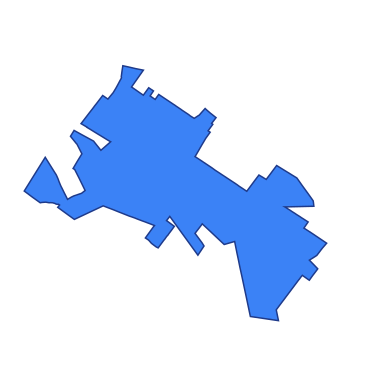 Telchac Pueblo, Yucatán, Mexico, rotated 119°
{"feature_id": "50627088B2648172559689", "entity_name": "Telchac Pueblo", "entity_type": "district", "adm_level": 2, "iso_a3": "MEX", "parent_name": "Mexico", "parent_adm1": "Yucatán", "projection": "natural_earth1", "projection_center": [-89.256, 21.219], "detail": "fine", "context": "isolated", "style": "filled", "palette": "blue", "viewbox_px": 384, "rotation_deg": 119, "n_neighbors": 0, "source": "geoboundaries", "source_scale": "gbopen_adm2", "svg_char_len": 3211}
<svg xmlns="http://www.w3.org/2000/svg" viewBox="0 0 384 384"><g transform="rotate(119 192 192)"><path d="M212.3,46.6L208.6,46.2L206.2,45.9L203.6,45.5L198.7,44.8L198.2,44.8L196.5,50.3L196.0,52.0L194.7,56.3L187.0,52.1L178.2,50.8L171.5,49.4L171.4,50.5L170.0,66.4L169.3,76.6L161.9,75.9L161.7,78.8L161.5,81.9L161.4,83.8L161.2,85.7L161.1,87.7L161.0,89.6L160.8,91.6L160.6,95.3L160.4,97.2L160.3,99.2L160.2,101.1L160.0,103.1L160.0,103.5L146.6,80.6L145.4,78.5L142.3,80.7L141.0,81.7L139.9,83.9L136.7,90.6L136.2,91.7L132.8,99.0L129.7,105.4L128.9,107.1L127.8,130.8L134.3,131.7L138.9,132.3L145.0,133.2L144.7,141.7L151.0,142.6L164.4,144.4L164.5,144.4L164.6,144.5L164.8,144.5L164.7,145.9L164.3,150.6L164.1,153.5L163.7,156.4L163.2,162.8L161.7,182.4L161.4,184.7L161.2,186.2L160.7,192.2L159.6,206.0L159.6,206.5L157.5,206.4L145.9,206.2L142.9,206.1L138.6,206.0L130.9,205.1L130.7,207.6L122.7,206.6L122.5,208.1L115.3,207.0L114.5,211.8L114.1,214.3L113.1,219.0L112.6,221.0L118.2,222.3L119.6,222.6L121.2,222.9L121.5,223.1L121.8,223.3L123.9,224.4L126.5,225.8L126.3,229.8L126.3,230.2L125.9,232.5L125.5,237.6L125.2,241.1L125.1,241.5L124.6,247.3L124.4,248.9L124.3,250.4L122.8,268.4L128.9,269.1L128.3,275.2L122.3,274.7L121.8,280.4L130.9,281.5L130.6,284.9L130.3,287.8L129.6,294.3L129.5,295.8L109.0,293.6L111.4,301.1L112.2,303.9L113.6,308.8L115.1,313.7L120.0,311.9L125.6,309.7L126.2,309.1L126.9,309.0L127.1,309.0L129.5,309.0L134.3,308.9L135.2,308.9L138.2,308.9L143.5,309.1L143.9,309.2L144.4,309.3L151.5,310.6L151.1,314.6L150.9,316.9L161.6,318.5L164.5,319.0L164.8,319.0L167.7,319.4L172.0,320.1L186.0,322.2L186.2,315.4L186.2,315.2L186.4,315.2L186.5,312.0L186.8,306.1L187.0,301.5L187.0,300.7L187.3,294.1L187.4,292.2L187.5,289.0L187.5,287.5L199.7,291.9L195.7,301.6L195.2,302.7L195.3,315.6L195.3,315.8L195.3,325.0L195.6,325.0L195.9,325.0L200.3,325.2L202.2,325.3L205.8,316.4L205.8,316.0L212.0,306.8L221.0,307.2L225.1,307.3L229.1,307.4L229.2,305.5L234.2,298.1L242.3,286.5L242.5,286.2L246.7,288.0L252.6,293.4L255.0,295.1L258.3,297.0L258.8,297.3L257.5,299.1L254.6,303.4L252.0,307.1L250.8,308.9L250.7,309.1L249.4,310.8L247.4,313.3L245.4,315.6L242.9,318.9L232.8,337.2L272.5,339.2L273.9,329.0L275.0,319.5L273.9,318.2L271.8,315.0L270.7,311.8L270.0,310.7L269.0,308.7L268.7,307.3L268.4,305.9L268.5,305.1L268.0,303.7L267.4,302.7L267.6,301.5L270.5,302.0L272.1,289.2L273.0,281.6L270.9,280.1L263.0,274.4L247.2,263.0L245.7,252.5L245.0,246.8L244.6,243.8L243.5,235.3L243.0,232.6L242.5,229.6L242.3,227.9L242.0,225.7L241.7,223.6L241.3,220.9L240.9,218.5L240.6,216.3L240.6,216.2L240.2,213.7L239.9,211.4L239.6,209.2L239.5,208.6L241.6,208.9L252.3,210.2L254.8,210.5L255.1,206.9L255.4,205.8L256.5,202.8L256.6,202.4L257.0,199.6L257.4,196.8L257.3,194.5L247.5,193.2L246.9,193.0L243.0,192.6L241.7,192.2L239.6,192.0L235.4,191.4L230.6,190.8L230.0,195.4L229.7,197.7L229.4,200.1L229.4,200.4L224.1,199.6L239.9,165.8L244.4,156.2L243.1,156.1L233.4,155.3L231.5,158.7L226.7,169.3L217.5,167.9L214.9,167.6L216.5,161.2L222.3,138.4L214.6,130.7L215.2,130.2L217.1,128.6L223.7,123.0L229.1,118.3L234.4,113.8L241.9,107.2L257.1,94.0L272.6,80.6L262.6,54.0L254.2,61.2L216.7,56.0L216.6,55.9L213.4,55.5L211.4,55.1L212.2,47.9L212.3,46.6Z" fill="#3b82f6" stroke="#1e3a8a" stroke-width="1.5"/></g></svg>